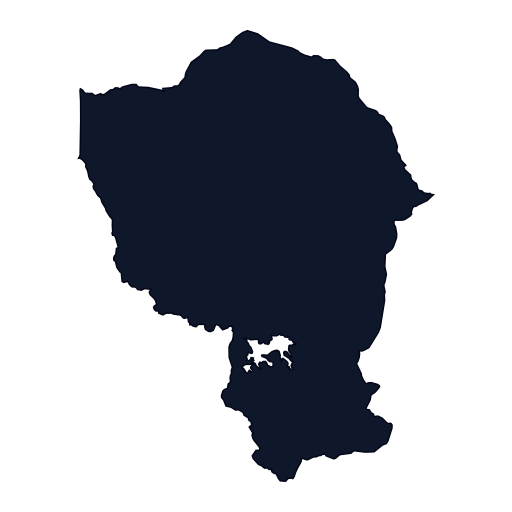 Kyerwa, Kagera, United Republic of Tanzania
{"feature_id": "72390352B12398012816015", "entity_name": "Kyerwa", "entity_type": "district", "adm_level": 2, "iso_a3": "TZA", "parent_name": "United Republic of Tanzania", "parent_adm1": "Kagera", "projection": "robinson", "projection_center": [30.816, -1.299], "detail": "fine", "context": "isolated", "style": "filled", "palette": "ink", "viewbox_px": 512, "rotation_deg": 0, "n_neighbors": 0, "source": "geoboundaries", "source_scale": "gbopen_adm2", "svg_char_len": 6043}
<svg xmlns="http://www.w3.org/2000/svg" viewBox="0 0 512 512"><path d="M433.4,194.7L431.1,194.4L430.0,193.4L427.8,193.6L424.1,193.0L421.6,190.8L419.5,190.6L417.9,189.1L416.7,184.2L416.1,183.2L414.7,182.6L411.8,180.0L410.9,177.8L410.6,175.1L404.7,169.6L403.7,167.0L405.8,165.3L401.0,160.2L399.6,155.0L397.0,152.1L396.8,149.9L397.4,146.4L394.7,138.0L391.8,131.5L391.5,127.3L389.2,123.9L385.3,119.7L384.2,117.1L382.6,115.9L378.4,114.4L377.6,112.4L375.7,110.7L368.3,108.2L366.6,107.4L364.9,105.4L358.8,98.1L358.1,95.5L358.3,89.7L357.5,86.3L355.3,82.2L350.4,78.3L349.7,77.5L349.1,74.9L346.6,71.9L339.9,66.2L334.7,60.0L332.9,59.6L327.0,60.0L322.9,59.2L320.4,57.0L318.1,55.9L313.7,55.7L311.6,57.2L304.6,55.2L299.4,52.7L298.1,51.1L291.8,48.0L269.2,42.0L257.7,33.9L247.4,30.7L242.7,32.5L236.2,37.2L230.3,44.3L223.2,47.3L219.6,48.2L217.7,49.9L205.9,50.3L204.1,51.5L200.1,55.9L191.3,62.3L186.3,71.7L185.4,74.6L185.1,77.5L180.6,82.3L179.5,84.6L177.6,86.0L174.5,86.0L172.0,87.7L162.8,88.5L163.8,91.3L161.1,90.2L148.3,87.5L138.4,87.0L136.1,84.5L131.9,84.5L125.0,86.3L122.0,87.3L120.0,89.0L117.9,87.9L115.2,87.9L112.8,89.8L110.6,89.8L104.6,94.3L102.4,94.8L100.7,93.7L95.0,95.7L92.2,93.5L85.0,93.3L82.4,89.9L80.4,88.8L80.0,90.5L80.6,101.3L80.7,120.1L80.1,155.3L78.6,158.3L79.8,158.1L82.1,159.5L85.3,162.9L85.9,164.4L85.7,166.7L87.7,171.0L88.9,176.8L89.9,179.3L91.7,180.6L94.1,184.0L93.2,186.3L93.6,188.7L95.1,190.6L97.8,195.4L100.8,198.1L102.0,202.3L105.4,207.9L106.3,210.9L109.9,216.6L111.8,218.6L112.5,220.2L112.3,225.6L112.7,231.6L112.0,233.2L112.6,235.2L114.6,235.6L115.9,238.4L118.4,247.8L116.5,248.3L115.8,254.3L114.3,256.2L113.7,257.9L113.8,260.2L115.4,261.3L116.9,267.5L120.0,271.9L121.3,272.7L122.1,281.4L123.5,282.4L127.4,281.5L128.6,282.4L129.3,284.3L131.8,286.8L135.3,287.0L136.9,288.3L137.5,289.5L141.4,290.2L144.2,288.7L146.0,288.7L150.2,289.2L151.4,290.0L149.5,291.3L149.4,292.9L150.4,294.9L154.0,298.3L155.4,300.3L156.3,303.0L156.4,304.7L154.2,306.1L153.6,307.5L154.3,309.4L155.7,310.9L158.5,311.0L158.7,313.1L161.4,314.3L163.0,314.9L165.9,313.2L171.6,313.1L173.4,314.1L179.7,314.9L181.3,315.5L182.8,317.6L184.3,318.3L187.9,317.4L188.6,322.1L189.7,322.6L189.8,324.8L191.4,324.8L192.9,325.9L195.3,326.7L196.6,326.5L197.0,325.2L199.3,324.4L204.6,324.4L204.8,326.9L205.4,329.3L208.4,331.3L210.5,331.6L213.3,330.3L215.4,325.3L216.2,324.5L218.7,325.3L222.7,329.8L227.9,327.8L228.7,326.3L232.1,326.3L232.8,329.7L232.1,330.4L233.5,332.2L233.2,337.2L232.3,340.7L230.3,343.3L229.0,347.2L229.2,357.6L232.4,367.2L231.4,370.1L231.4,373.6L230.4,375.8L230.1,378.7L230.6,381.1L229.8,382.7L228.2,384.0L227.5,388.4L224.5,389.5L222.9,391.0L221.5,395.5L221.6,397.5L223.6,399.9L226.0,406.0L231.1,407.2L235.7,410.1L238.3,409.7L241.2,411.2L243.0,412.4L244.1,415.2L248.7,418.1L248.6,419.7L249.5,420.8L250.9,421.2L251.7,425.1L249.2,427.0L253.0,433.4L252.1,434.5L252.3,436.6L253.6,439.8L259.1,446.7L260.0,448.7L258.9,450.3L256.0,450.4L252.3,455.7L253.3,458.6L258.6,464.5L261.5,465.6L264.4,468.1L267.5,468.0L269.1,469.5L271.6,469.0L271.5,470.6L272.4,472.3L275.0,473.6L276.1,473.6L278.5,478.6L280.2,480.8L285.6,481.3L288.1,478.4L292.2,478.1L292.8,478.6L294.0,476.9L295.5,472.5L297.6,467.9L301.0,461.9L301.5,458.9L303.0,458.4L305.9,459.6L307.6,459.8L313.3,457.0L316.7,456.7L318.6,455.6L320.1,455.6L322.4,454.5L324.6,454.1L325.4,454.4L326.0,455.8L333.7,458.8L335.5,458.3L339.7,454.7L350.9,453.2L353.9,450.7L365.0,452.1L374.1,451.8L382.5,445.0L386.2,443.6L387.8,441.2L391.9,428.4L392.1,425.1L391.2,423.7L390.5,423.3L387.9,423.5L386.8,422.8L382.2,418.2L377.9,416.1L374.1,416.6L373.5,414.2L371.1,412.7L369.3,409.8L366.7,409.5L366.1,409.0L366.1,407.9L370.2,399.8L370.9,395.2L375.5,391.8L379.6,386.8L379.4,385.8L377.7,384.5L371.5,382.7L368.5,382.8L366.2,383.7L365.2,383.4L364.7,381.7L363.6,380.6L361.4,375.7L361.3,373.9L356.4,363.5L357.8,361.4L359.2,357.2L359.6,353.2L359.0,351.2L359.3,350.8L361.7,351.0L363.5,350.5L368.9,347.6L378.4,332.2L380.2,327.5L384.6,300.5L384.3,294.3L385.1,292.0L383.8,285.9L384.0,284.2L384.9,282.0L386.4,274.4L384.8,266.7L385.3,255.0L385.6,254.0L391.6,249.4L393.4,246.6L396.5,237.9L396.7,233.9L395.5,227.0L394.0,224.2L393.9,221.6L394.6,220.2L402.2,220.1L404.4,219.7L410.0,216.1L411.6,214.1L411.3,212.2L412.3,208.5L413.8,206.4L415.9,206.4L417.8,205.0L427.1,200.6L433.4,194.7ZM276.5,335.8L279.7,334.2L281.1,335.3L283.0,335.1L284.0,335.7L284.6,336.8L285.9,337.1L287.3,337.3L289.2,336.6L289.6,337.2L289.2,337.6L289.0,339.1L289.6,339.8L292.0,340.1L293.4,342.7L296.2,343.5L296.0,344.6L293.2,344.4L291.7,345.4L289.8,345.2L289.0,345.7L288.6,349.5L289.1,351.3L291.0,354.0L291.5,357.3L290.9,357.2L287.5,352.4L286.2,351.6L284.9,351.4L284.0,351.9L283.7,352.9L284.2,355.2L289.1,358.4L290.8,360.6L292.7,362.0L291.1,365.6L291.8,367.5L292.7,367.5L293.2,368.3L292.7,369.0L289.8,369.5L290.1,368.7L289.3,368.2L289.4,367.1L288.9,366.6L287.1,366.6L288.0,363.9L287.8,362.8L286.8,361.4L282.9,358.3L282.2,358.6L281.4,361.3L280.0,357.2L280.3,355.6L279.0,351.3L277.0,350.2L274.1,350.8L271.7,351.9L267.6,355.2L262.1,354.9L261.6,355.7L262.1,356.4L266.7,358.3L268.4,360.7L270.0,361.6L272.2,361.9L273.1,362.5L273.1,366.0L272.2,366.6L270.0,366.8L268.7,365.6L267.3,365.5L267.0,363.6L265.6,361.5L263.1,361.5L261.6,362.8L259.9,362.2L258.9,363.6L258.7,364.5L261.1,368.3L260.8,369.2L256.0,365.7L255.5,363.8L253.1,362.1L252.5,362.3L252.3,364.9L250.6,367.4L250.9,368.7L252.6,369.9L252.6,370.9L250.8,372.3L250.5,371.0L249.3,370.3L247.5,373.3L246.2,372.7L243.7,368.7L241.8,367.4L243.9,365.3L245.7,364.4L250.8,364.4L251.7,363.6L252.1,361.7L253.8,360.3L253.3,360.0L253.4,358.0L251.0,357.6L250.7,359.4L248.1,361.0L246.8,360.7L247.2,359.7L246.4,356.5L246.8,355.6L247.7,355.0L247.8,353.6L248.6,352.5L251.1,353.4L252.2,353.1L252.6,351.9L250.7,347.0L249.4,346.2L248.1,343.0L246.5,341.5L246.9,340.8L246.6,339.9L245.3,339.6L244.0,338.2L249.0,339.0L250.6,339.8L257.5,339.2L258.5,340.3L258.7,343.1L259.1,343.6L260.6,343.9L263.0,342.4L263.8,342.4L264.8,343.6L268.1,344.3L269.1,343.5L269.9,340.6L271.6,339.9L272.1,338.9L271.2,335.7L276.5,335.8Z" fill="#0f172a" stroke="#020617" stroke-width="1.5"/></svg>